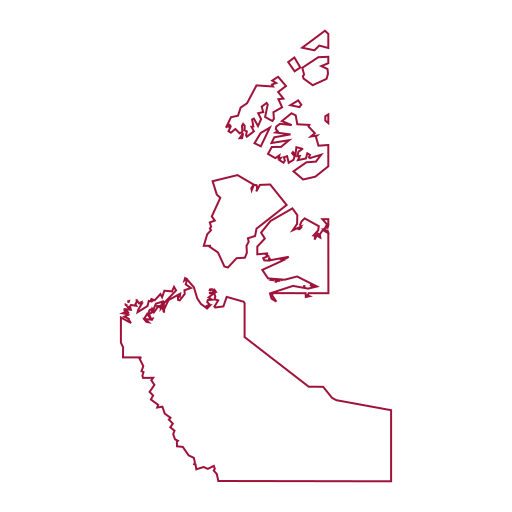 an SVG outline of Northwest Territories
{"feature_id": "CAN-635", "entity_name": "Northwest Territories", "entity_type": "Territory", "adm_level": 1, "iso_a3": "CAN", "parent_name": "Canada", "parent_adm1": "", "projection": "mercator", "projection_center": [-123.126, 69.383], "detail": "fine", "context": "isolated", "style": "outline", "palette": "rose", "viewbox_px": 512, "rotation_deg": 0, "n_neighbors": 0, "source": "natural_earth", "source_scale": "10m", "svg_char_len": 6111}
<svg xmlns="http://www.w3.org/2000/svg" viewBox="0 0 512 512"><path d="M120.9,317.5L131.0,323.0L128.2,319.0L129.5,319.1L124.3,316.7L128.1,314.9L125.0,313.5L124.6,310.7L128.9,313.4L125.5,309.2L130.9,309.8L130.0,306.4L131.0,305.0L136.3,305.8L135.4,304.2L136.9,301.4L136.3,299.4L139.1,303.5L142.0,303.4L138.3,309.6L137.6,312.2L147.5,306.0L148.8,300.9L151.6,301.5L153.1,300.4L150.8,300.6L151.4,299.0L154.7,300.3L160.4,294.1L162.1,297.2L164.4,290.7L172.0,291.4L174.0,286.9L176.1,290.4L164.1,303.0L163.2,301.3L155.9,303.7L153.2,310.1L152.3,308.9L151.8,312.1L151.5,309.2L149.7,309.9L148.6,312.7L148.7,316.0L147.1,314.0L144.0,319.0L146.3,321.8L148.5,322.2L144.9,319.0L152.0,319.8L152.7,318.5L149.6,318.8L150.4,317.2L148.9,314.3L152.0,312.3L152.5,310.3L152.1,313.1L153.2,310.4L154.0,312.2L158.0,306.7L156.4,306.1L160.2,306.0L159.6,308.2L161.6,304.4L160.9,308.6L162.3,306.9L161.7,302.6L162.5,307.4L162.6,301.8L162.7,308.4L164.0,303.6L163.2,308.1L164.4,307.1L163.4,311.0L164.2,312.5L164.0,309.5L168.5,300.1L180.2,293.7L179.8,296.7L177.9,297.0L178.1,299.9L179.7,300.4L184.7,294.0L184.5,290.2L190.9,288.0L185.7,284.4L187.1,279.4L193.9,287.3L197.3,298.5L200.9,303.9L207.1,308.5L210.0,305.5L205.8,306.3L209.8,304.7L207.2,302.0L207.8,300.1L212.1,299.7L208.5,297.5L213.6,293.5L209.0,293.1L215.2,292.0L212.6,290.4L214.2,289.5L215.7,291.5L214.3,293.9L215.3,296.4L214.5,299.2L218.2,300.4L214.4,306.6L215.2,307.5L223.4,306.4L226.7,296.9L243.6,301.7L244.6,303.2L244.6,337.1L308.7,386.7L323.1,386.8L332.1,397.9L336.4,400.2L391.1,410.2L391.1,481.3L218.3,481.0L216.8,474.0L213.7,470.5L214.8,468.8L213.8,465.9L207.8,468.9L203.6,467.0L196.3,469.3L195.5,464.4L194.2,464.2L194.9,462.3L193.8,457.8L188.6,455.4L182.8,446.9L177.0,446.3L176.9,441.8L177.9,440.8L175.0,439.3L173.2,434.2L174.5,430.7L170.3,427.3L172.8,423.6L168.9,419.6L170.5,417.8L164.7,413.6L162.4,406.7L157.2,407.5L158.2,404.9L150.9,399.5L153.1,395.5L149.6,391.9L154.4,384.9L151.3,380.2L153.1,377.8L143.1,377.9L142.4,375.8L143.5,372.1L141.5,371.2L143.3,366.1L139.3,358.2L141.4,357.4L123.0,357.4L123.1,347.3L120.9,342.7L120.9,317.5ZM276.3,301.6L271.5,298.6L270.0,293.4L293.0,285.9L308.1,288.6L317.0,286.5L297.1,276.5L284.7,279.7L268.0,278.4L262.3,269.9L283.4,260.2L279.8,258.8L285.8,258.6L288.7,256.8L270.4,260.2L269.0,257.4L269.1,260.6L264.3,260.4L263.2,258.2L268.2,256.0L265.8,254.4L268.0,253.3L257.3,254.3L257.3,246.6L264.8,238.6L261.1,232.6L270.5,221.0L292.4,208.4L297.3,215.1L297.1,223.9L292.7,230.3L300.8,226.7L299.1,229.1L299.6,229.1L301.4,227.2L300.1,224.8L301.7,221.2L304.7,218.4L318.8,226.2L318.2,230.3L313.5,235.5L315.3,235.7L314.6,239.6L318.2,232.8L317.6,235.9L320.3,237.6L319.8,234.4L322.8,230.0L328.3,233.2L328.4,293.2L308.7,293.2L307.5,295.4L309.5,296.2L305.8,297.0L305.6,293.2L272.5,293.1L272.3,295.7L276.3,301.6ZM286.6,205.0L256.5,228.7L255.1,236.0L247.9,238.3L248.7,241.7L246.5,245.8L246.9,252.7L244.9,257.7L236.6,258.2L227.9,267.5L224.4,266.5L218.0,252.5L208.7,246.1L211.0,245.8L203.8,245.8L207.2,234.3L211.0,230.2L209.9,228.5L211.1,226.7L209.8,222.4L214.8,220.6L211.8,216.4L220.3,197.8L216.8,194.6L212.6,181.2L237.5,175.1L253.7,184.6L251.3,188.2L251.7,190.2L254.0,184.7L256.6,185.2L257.2,188.6L256.3,191.4L259.9,184.9L270.2,184.5L286.6,205.0ZM328.3,166.3L315.3,176.7L303.1,179.5L293.5,171.3L306.4,162.3L315.9,161.6L321.2,154.7L309.9,158.1L308.9,157.3L310.0,154.9L307.3,153.3L305.9,158.5L297.9,160.1L299.8,156.0L297.4,156.2L298.4,151.9L298.7,151.4L300.1,150.6L302.3,149.0L302.3,148.8L296.4,147.2L295.4,155.0L293.0,152.1L292.1,153.2L294.6,156.3L293.5,159.8L288.7,162.8L287.1,156.2L283.9,157.3L284.9,160.6L283.5,162.7L279.3,160.0L280.9,157.9L278.6,158.3L279.3,155.4L275.3,158.1L268.0,153.9L271.8,147.0L281.0,146.9L289.1,140.2L271.5,143.0L274.3,137.3L290.5,134.4L275.5,132.5L277.7,131.2L275.8,129.2L276.3,126.6L280.0,123.8L291.7,125.1L281.9,121.1L291.5,113.3L295.7,115.4L297.3,124.3L309.3,124.9L308.5,126.5L314.8,133.2L310.9,136.5L316.9,135.6L315.8,136.5L318.5,145.7L328.3,145.0L328.3,166.3ZM258.0,126.1L253.9,118.6L252.1,119.5L253.4,126.5L251.4,126.7L253.9,131.3L246.9,136.7L246.1,135.4L246.8,131.4L244.5,130.3L244.7,125.8L243.1,123.9L242.0,126.0L242.4,131.8L239.7,133.4L235.4,129.0L230.9,132.7L228.5,131.2L230.4,127.2L228.7,126.7L230.3,125.8L229.5,124.8L226.0,127.6L231.0,117.2L238.0,115.7L240.6,107.6L247.0,103.3L256.5,85.4L273.1,86.5L272.0,84.5L276.2,83.0L272.2,80.6L278.1,76.8L286.0,86.0L278.1,92.0L283.4,98.6L278.4,99.2L282.1,107.3L273.4,112.2L273.9,118.8L272.4,121.0L265.1,117.0L267.7,104.5L266.6,103.0L261.7,106.6L263.2,112.1L258.2,113.2L261.1,119.1L258.0,126.1ZM328.3,63.2L321.3,66.1L327.5,69.0L328.0,73.8L326.5,78.9L312.7,85.2L303.5,78.5L302.9,76.1L304.1,74.6L302.3,67.8L318.3,57.2L328.3,56.8L328.3,63.2ZM328.3,48.0L319.3,45.6L314.4,50.3L302.2,47.7L325.0,30.7L328.3,33.9L328.3,48.0ZM269.8,127.6L260.8,146.3L254.5,143.2L260.7,133.0L269.8,127.6ZM294.4,57.5L300.3,67.5L294.6,71.3L288.2,62.1L294.4,57.5ZM290.4,105.2L298.2,100.4L301.3,104.7L299.5,107.1L290.4,105.2ZM328.3,225.3L326.3,225.7L327.0,224.4L322.4,219.2L328.3,219.2L328.3,225.3ZM328.3,123.1L325.3,120.6L325.3,116.3L328.3,114.4L328.3,123.1ZM239.7,138.2L243.1,133.2L242.1,138.1L239.7,138.2ZM328.0,226.3L327.6,227.8L326.0,227.5L328.0,226.3ZM310.1,284.9L315.2,286.0L311.8,286.2L310.1,284.9ZM185.1,278.1L186.5,278.9L184.4,280.5L185.1,278.1ZM271.6,279.4L274.4,280.3L271.0,279.9L271.6,279.4ZM122.6,313.3L123.8,312.8L124.3,313.6L122.6,313.3ZM127.8,307.1L129.4,306.8L130.1,307.9L129.8,308.8L127.8,307.1ZM128.4,302.7L128.2,301.2L129.0,301.0L128.4,302.7ZM277.8,280.5L280.3,280.7L277.4,281.0L277.8,280.5ZM327.6,230.5L328.0,231.8L326.3,230.5L327.6,230.5ZM125.6,304.6L127.5,305.7L125.6,304.9L125.6,304.6ZM141.4,302.4L139.9,302.7L141.5,302.1L141.4,302.4ZM303.2,286.3L304.4,286.0L305.2,286.5L303.2,286.3ZM275.2,280.3L276.5,279.9L277.3,280.3L275.2,280.3ZM282.0,279.8L282.7,279.8L280.8,280.3L282.0,279.8ZM275.1,281.3L276.8,282.3L274.8,281.3L275.1,281.3ZM211.0,289.3L210.1,290.4L209.7,290.3L210.0,289.4L211.0,289.3ZM324.2,229.4L324.6,230.1L323.7,229.4L324.2,229.4ZM325.5,228.1L326.2,228.2L325.1,228.3L325.5,228.1ZM324.7,228.8L325.6,229.2L324.5,228.9L324.7,228.8Z" fill="none" stroke="#9f1239" stroke-width="2"/></svg>